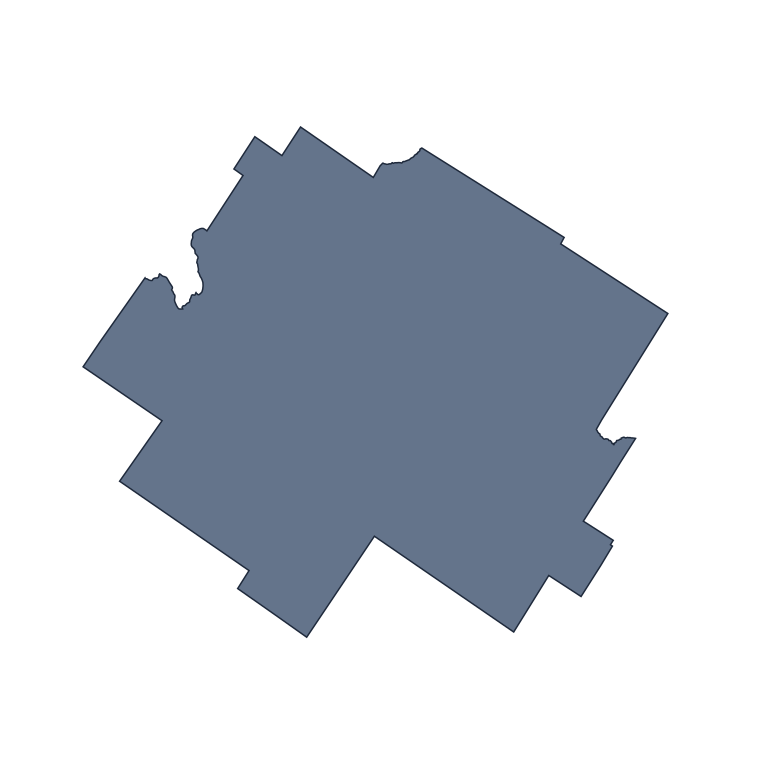 outline of Junín, Buenos Aires, Argentina, rotated 349°
{"feature_id": "61730980B70981491758335", "entity_name": "Junín", "entity_type": "district", "adm_level": 2, "iso_a3": "ARG", "parent_name": "Argentina", "parent_adm1": "Buenos Aires", "projection": "natural_earth1", "projection_center": [-61.022, -34.547], "detail": "fine", "context": "isolated", "style": "filled", "palette": "slate", "viewbox_px": 768, "rotation_deg": 349, "n_neighbors": 0, "source": "geoboundaries", "source_scale": "gbopen_adm2", "svg_char_len": 4370}
<svg xmlns="http://www.w3.org/2000/svg" viewBox="0 0 768 768"><g transform="rotate(349 384 384)"><path d="M351.1,115.8L327.4,140.3L304.4,116.6L277.7,144.3L285.4,152.4L239.4,199.9L239.1,199.3L238.5,198.9L237.3,197.7L236.4,196.9L235.0,196.5L233.1,196.5L231.8,196.9L230.0,197.2L228.4,197.8L226.5,198.7L225.6,199.4L224.9,200.1L224.4,201.4L224.4,202.5L224.3,203.5L223.9,204.5L223.2,205.4L222.3,206.8L221.9,208.3L221.5,209.5L221.3,211.0L221.6,212.4L222.4,213.7L223.2,214.7L223.7,215.9L223.9,216.9L223.7,217.9L223.7,219.0L223.6,219.8L224.3,220.8L225.1,222.3L225.5,223.2L225.6,223.6L225.5,224.7L225.2,225.5L224.5,226.2L224.2,227.1L224.0,227.8L223.6,228.4L223.4,229.4L223.8,230.2L223.9,231.0L223.8,232.4L223.8,233.8L223.8,235.6L223.4,237.3L222.8,238.3L223.6,240.0L223.8,241.4L224.1,243.4L224.7,244.7L225.1,246.2L225.4,247.8L225.6,249.9L225.4,251.2L225.2,252.7L224.9,253.9L224.5,255.2L224.2,256.2L223.5,257.6L223.1,258.5L222.4,259.3L221.8,259.7L220.9,260.2L220.2,260.7L219.4,261.0L218.6,260.9L218.1,260.3L217.8,259.8L217.3,259.4L217.1,258.9L216.9,258.4L216.4,258.9L216.2,259.4L215.9,260.0L215.3,260.6L214.5,260.5L213.7,260.1L212.8,259.9L212.0,260.3L211.5,261.2L211.1,262.0L210.5,262.9L209.5,264.1L209.2,265.1L208.9,266.2L208.1,266.8L207.0,267.0L205.9,267.4L205.2,267.9L204.3,268.6L203.3,269.1L202.4,269.0L201.6,269.0L200.9,269.6L200.4,270.2L200.6,271.0L200.7,271.9L199.9,271.8L199.1,271.7L198.2,271.5L197.2,271.2L196.6,270.7L196.1,269.7L195.7,268.6L195.3,267.5L195.0,266.2L194.5,264.1L194.3,262.6L194.4,261.4L194.9,260.0L195.4,258.7L195.6,257.3L195.4,256.3L194.8,255.3L194.6,254.0L194.3,252.7L193.8,252.0L193.5,251.0L193.9,250.6L194.4,249.9L194.7,249.1L194.7,248.4L194.5,247.7L193.9,246.2L193.2,244.5L192.6,243.0L192.2,241.7L191.7,240.3L191.2,238.9L190.6,237.8L189.2,236.8L187.8,236.2L186.7,235.3L186.3,234.8L185.8,234.0L184.8,233.1L184.1,233.7L183.8,234.7L183.5,235.3L182.9,236.1L181.8,236.7L180.6,236.4L179.5,236.3L178.2,236.5L177.2,237.0L176.6,237.7L176.2,238.1L175.6,238.1L174.9,237.9L174.1,237.6L173.3,237.2L172.5,236.5L171.7,235.8L171.3,235.5L170.3,235.2L169.9,234.8L169.7,234.2L113.6,288.1L91.9,309.7L159.1,377.7L105.9,429.0L215.9,541.4L201.3,556.9L231.6,588.3L259.8,617.8L345.5,531.6L464.0,652.2L509.2,603.4L536.9,630.2L561.9,603.8L577.3,586.7L575.6,585.0L579.2,581.2L553.5,556.7L590.7,517.4L601.6,505.5L620.6,485.4L620.0,485.1L619.2,484.9L618.4,484.6L617.4,484.3L616.4,484.1L615.2,483.5L614.3,483.5L613.3,483.1L612.6,482.9L612.0,483.0L611.0,483.1L610.2,482.6L609.4,482.0L608.4,482.0L607.2,482.3L606.6,482.3L606.3,483.1L605.9,483.4L605.2,483.3L604.5,483.4L604.0,483.8L603.0,484.0L601.9,483.8L601.5,484.0L601.1,484.7L600.5,485.5L599.9,485.7L599.1,486.0L598.7,486.1L598.6,486.7L598.1,487.4L597.7,487.2L597.5,486.7L597.2,486.0L596.5,485.8L596.3,485.1L596.3,484.4L595.8,483.6L595.4,482.8L594.7,482.6L594.0,482.4L593.8,481.9L593.7,481.3L593.1,480.8L592.4,480.5L591.6,480.2L590.9,480.1L590.2,480.2L589.7,480.2L589.3,479.9L589.0,479.5L588.7,479.2L588.3,478.6L588.2,478.1L587.8,477.4L587.3,477.1L586.9,476.6L586.5,476.3L586.4,475.8L586.4,475.4L586.4,474.7L586.3,474.1L585.6,473.6L585.3,473.2L585.2,472.8L584.8,472.4L584.6,471.8L584.5,471.2L584.4,470.7L584.1,470.2L583.9,469.8L583.9,469.4L583.8,469.0L590.8,460.8L676.1,369.0L652.0,345.7L584.2,280.2L588.8,274.5L466.2,159.6L466.0,159.8L465.7,159.9L465.3,159.9L464.9,159.9L464.6,160.2L464.2,160.3L464.0,160.6L463.9,161.0L463.7,161.7L463.3,162.2L462.7,162.5L462.3,162.7L462.0,162.9L461.4,163.1L461.3,163.5L461.0,163.6L460.8,163.8L460.6,164.2L460.3,164.1L459.9,164.3L459.7,164.6L459.3,164.7L458.9,164.7L458.3,165.0L458.0,165.1L457.5,165.4L457.1,166.0L456.6,166.4L456.0,166.8L455.5,167.0L454.8,167.1L454.2,167.4L453.7,167.4L453.1,167.8L452.6,168.1L451.9,168.5L451.3,168.8L450.5,168.8L449.7,169.0L449.0,169.1L448.3,169.2L447.7,169.3L447.2,169.5L446.2,169.5L445.5,169.3L444.8,169.5L444.5,169.9L444.0,170.3L443.5,170.4L443.0,170.2L442.0,169.8L441.6,169.7L441.1,169.5L440.3,169.4L439.6,169.3L438.9,169.4L438.3,169.1L437.5,169.0L436.5,168.9L435.9,169.0L435.4,169.2L434.8,168.9L434.5,168.4L434.1,168.4L433.6,168.7L432.8,169.2L432.0,169.0L431.2,168.9L430.5,168.9L430.0,169.1L429.5,169.0L428.9,168.9L428.5,168.9L428.0,168.6L427.2,168.2L426.7,168.0L426.1,167.8L425.8,167.5L425.4,167.1L424.7,167.0L424.2,167.4L423.6,167.9L423.0,168.3L422.3,168.7L422.0,168.9L412.9,179.2L351.1,115.8Z" fill="#64748b" stroke="#1e293b" stroke-width="1.5"/></g></svg>